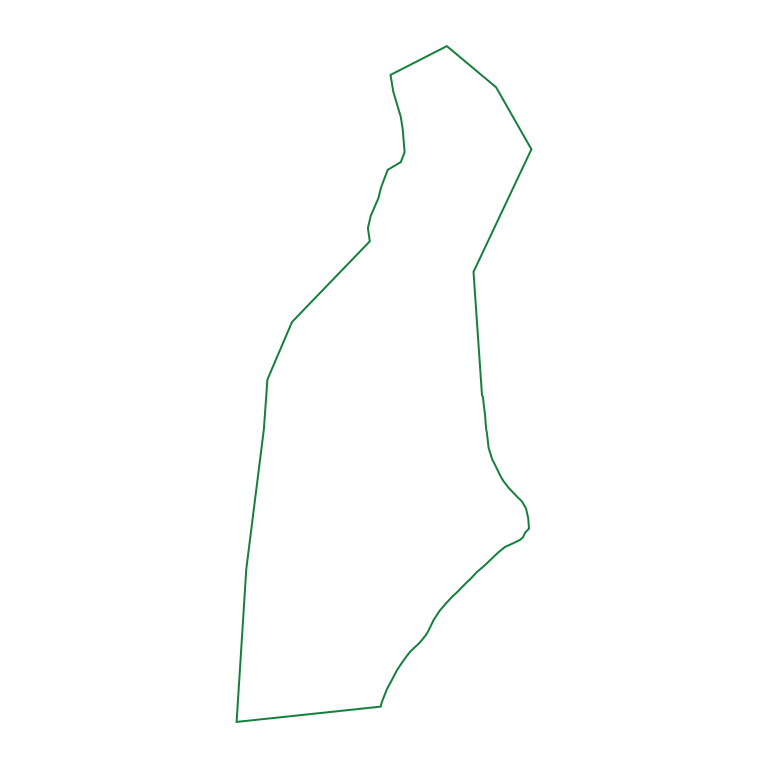 outline of Bishop'S Gap/Ghirawoo Road, Castries, Saint Lucia
{"feature_id": "8701671B64130059422641", "entity_name": "Bishop'S Gap/Ghirawoo Road", "entity_type": "district", "adm_level": 2, "iso_a3": "LCA", "parent_name": "Saint Lucia", "parent_adm1": "Castries", "projection": "natural_earth1", "projection_center": [-60.984, 14.001], "detail": "fine", "context": "isolated", "style": "outline", "palette": "green", "viewbox_px": 768, "rotation_deg": 0, "n_neighbors": 0, "source": "geoboundaries", "source_scale": "gbopen_adm2", "svg_char_len": 915}
<svg xmlns="http://www.w3.org/2000/svg" viewBox="0 0 768 768"><path d="M531.4,149.3L496.1,87.3L446.8,46.1L390.5,74.9L393.3,91.7L400.8,117.0L402.7,129.1L404.6,152.2L400.8,162.1L387.7,169.8L381.1,187.4L378.3,198.4L370.7,216.0L367.9,228.1L369.8,241.3L292.0,322.0L267.4,379.6L263.9,429.0L246.3,569.0L236.6,721.9L380.7,706.6L381.8,702.1L386.9,689.2L391.7,680.3L397.0,670.1L401.9,662.8L406.9,655.8L410.5,651.3L419.6,642.8L425.7,635.3L428.3,631.1L433.5,620.2L439.7,610.7L446.3,603.0L452.5,596.4L457.4,591.9L465.0,584.1L470.9,578.5L476.6,572.3L485.1,565.0L492.1,558.3L498.5,552.2L504.9,547.0L512.8,543.4L520.2,539.8L523.1,537.1L525.1,532.6L529.0,528.6L528.2,518.1L526.0,508.5L522.0,501.5L517.0,496.6L508.7,487.9L503.5,481.2L500.0,475.2L494.9,464.6L492.2,459.4L488.6,447.8L486.9,432.9L486.1,428.9L485.0,414.4L483.6,403.5L483.0,397.3L482.0,395.2L473.5,271.9L531.4,149.3Z" fill="none" stroke="#15803d" stroke-width="2"/></svg>